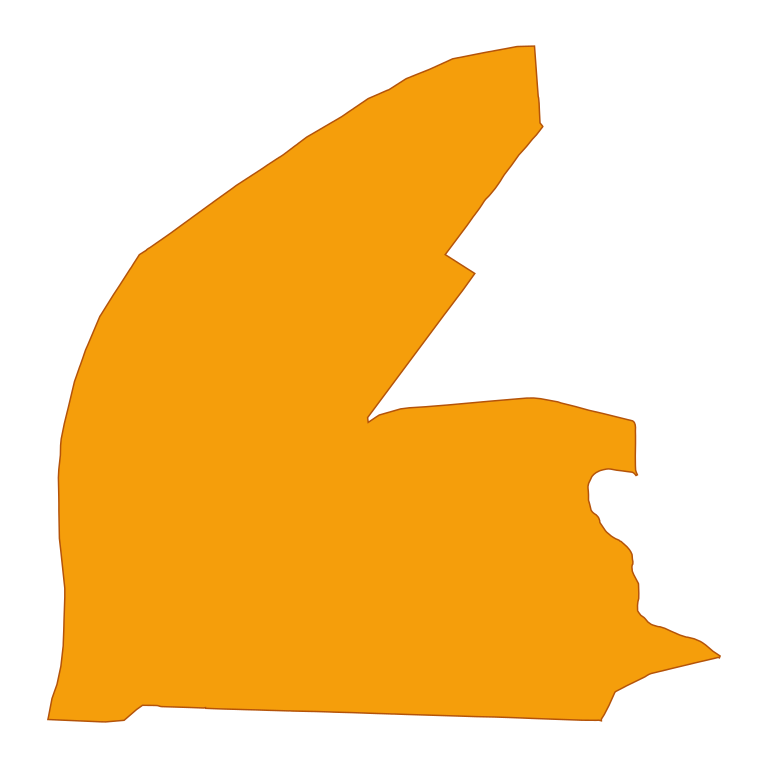 the district of I.C.Bratianu, Tulcea, Romania
{"feature_id": "2599482B65427489105353", "entity_name": "I.C.Bratianu", "entity_type": "district", "adm_level": 2, "iso_a3": "ROU", "parent_name": "Romania", "parent_adm1": "Tulcea", "projection": "equal_earth", "projection_center": [28.083, 45.4], "detail": "fine", "context": "isolated", "style": "filled", "palette": "amber", "viewbox_px": 768, "rotation_deg": 0, "n_neighbors": 0, "source": "geoboundaries", "source_scale": "gbopen_adm2", "svg_char_len": 3943}
<svg xmlns="http://www.w3.org/2000/svg" viewBox="0 0 768 768"><path d="M47.9,719.5L100.4,721.8L105.7,721.9L122.0,720.5L124.1,720.3L128.3,716.7L136.6,709.5L142.5,705.3L152.4,705.4L156.3,705.5L157.7,705.6L160.3,706.4L161.5,706.6L184.6,707.3L190.6,707.5L203.9,708.0L205.5,707.6L205.6,708.3L207.8,708.4L212.6,708.6L223.8,709.0L235.4,709.3L238.5,709.4L244.9,709.6L256.7,709.9L268.2,710.3L275.5,710.5L288.9,710.9L289.3,710.8L291.7,711.0L309.9,711.4L315.6,711.5L328.9,711.9L333.6,712.1L340.8,712.3L344.3,712.4L352.1,712.6L377.3,713.5L381.4,713.6L390.5,713.9L391.8,714.0L394.4,714.0L405.5,714.4L460.7,716.1L475.6,716.6L494.6,717.0L509.5,717.5L520.0,717.9L532.2,718.4L554.1,719.2L582.3,720.2L596.1,720.3L598.9,720.2L601.4,720.8L601.4,719.1L604.3,714.5L609.0,705.4L614.7,692.7L615.2,691.9L616.1,691.3L626.4,685.9L645.0,676.8L647.0,675.5L649.1,674.3L651.2,673.5L672.2,668.4L695.8,662.7L715.5,658.1L718.2,657.4L719.4,657.9L720.1,656.0L712.9,651.2L705.8,645.1L702.6,642.8L700.3,641.4L694.2,638.8L687.6,637.2L686.3,637.1L679.7,635.0L670.8,631.1L664.6,628.2L664.1,628.1L660.1,626.8L658.0,626.6L652.7,625.0L650.9,624.2L647.9,622.0L645.5,619.1L644.4,617.9L643.7,617.3L640.8,615.3L638.7,612.5L637.6,610.8L637.5,605.4L637.9,601.7L638.7,598.6L638.8,593.4L638.6,586.7L638.5,583.8L638.3,583.3L633.7,574.6L632.3,571.2L631.9,566.9L632.2,565.0L632.8,564.1L632.9,561.7L632.4,559.1L632.2,556.1L632.0,554.4L630.8,551.8L629.3,549.5L627.0,546.8L621.1,541.5L619.9,541.1L619.5,540.5L617.7,539.6L615.7,538.8L613.3,537.4L611.3,536.1L609.2,534.3L606.7,532.2L605.4,530.7L600.4,523.3L599.8,522.3L599.7,520.7L598.8,518.1L597.9,516.7L596.1,514.8L594.5,513.8L593.6,513.1L592.7,512.3L591.9,511.4L591.0,509.9L590.6,508.1L589.5,503.6L588.5,500.2L588.5,494.6L588.3,491.2L588.0,488.1L588.0,486.2L588.7,483.2L590.5,479.5L591.9,476.5L593.8,474.4L596.1,472.6L599.2,471.0L600.1,470.6L603.4,469.7L606.3,469.1L608.5,468.9L610.8,469.1L616.6,470.2L621.8,470.8L626.7,471.5L632.3,472.2L633.6,472.9L634.8,474.0L636.0,475.5L636.6,475.2L637.4,474.8L636.2,472.1L635.6,470.0L635.4,465.6L635.3,455.8L635.5,443.7L635.5,435.8L635.4,431.0L635.5,427.4L635.2,424.8L634.3,422.4L633.5,421.6L632.7,420.9L615.0,416.5L602.9,413.5L589.0,410.3L575.6,406.6L570.0,405.2L561.1,403.0L557.9,401.9L540.6,398.7L533.6,398.0L526.5,398.1L520.5,398.6L490.9,401.1L447.7,405.0L425.1,406.8L409.3,407.8L400.6,408.9L379.3,415.0L376.0,417.1L368.2,422.4L367.6,417.6L443.8,315.3L450.2,306.9L456.5,298.5L462.9,290.1L474.8,273.5L445.2,254.6L467.3,225.1L473.5,216.3L474.1,215.6L479.3,208.6L481.8,204.9L484.3,201.0L485.8,199.1L489.1,195.8L492.1,192.2L495.3,188.3L498.7,183.5L500.7,180.5L502.3,177.8L504.3,174.7L509.1,168.4L511.3,165.6L518.9,154.9L526.5,146.5L532.4,139.2L536.5,134.8L542.8,126.6L542.5,126.0L540.0,122.9L539.4,110.8L539.1,103.3L538.6,97.9L538.2,96.3L537.3,84.5L534.5,46.1L529.9,46.2L517.9,46.5L516.7,46.6L506.1,48.6L484.8,52.5L452.7,58.8L429.6,69.3L416.3,74.6L406.4,78.6L405.5,79.1L389.1,89.6L387.6,90.3L387.3,90.2L387.0,90.4L368.2,98.6L348.0,112.3L341.8,116.6L306.7,137.1L298.3,143.4L297.0,144.5L295.1,145.8L283.5,154.6L281.9,155.7L279.6,157.2L279.4,157.2L278.8,157.6L277.5,158.5L276.9,158.8L276.2,159.3L267.9,164.7L262.7,168.3L236.2,185.5L232.5,188.3L215.6,200.4L193.3,216.6L169.6,233.9L149.5,247.9L149.2,248.0L147.9,248.8L146.6,249.8L146.4,250.2L139.4,254.6L137.3,257.9L133.8,263.3L133.5,263.8L133.0,264.6L131.3,267.4L130.2,268.9L118.9,286.5L113.6,294.5L100.8,315.0L99.9,316.3L87.7,345.2L86.8,347.2L86.6,347.5L86.5,347.8L86.3,348.4L85.9,349.2L85.7,349.6L83.9,354.8L83.1,357.2L81.8,360.9L80.2,365.5L79.9,366.1L76.5,375.9L74.5,381.5L71.3,394.9L69.8,401.2L68.4,407.1L66.9,413.1L64.3,423.7L61.2,439.0L60.6,445.4L60.4,455.1L58.8,469.5L58.4,477.7L58.8,496.4L58.9,503.5L58.9,510.7L59.4,538.4L60.8,550.7L64.8,588.3L64.8,597.2L64.0,621.2L63.9,626.2L63.8,629.6L63.3,642.6L63.2,646.2L63.1,646.7L62.0,656.5L60.9,666.2L57.0,684.4L54.5,691.4L52.0,698.5L48.5,716.7L47.9,719.5Z" fill="#f59e0b" stroke="#b45309" stroke-width="1.5"/></svg>